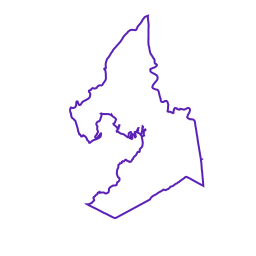 El Estor, Izabal, Guatemala, rotated 150°
{"feature_id": "79465075B63823362918265", "entity_name": "El Estor", "entity_type": "district", "adm_level": 2, "iso_a3": "GTM", "parent_name": "Guatemala", "parent_adm1": "Izabal", "projection": "robinson", "projection_center": [-89.332, 15.436], "detail": "fine", "context": "isolated", "style": "outline", "palette": "violet", "viewbox_px": 256, "rotation_deg": 150, "n_neighbors": 0, "source": "geoboundaries", "source_scale": "gbopen_adm2", "svg_char_len": 5888}
<svg xmlns="http://www.w3.org/2000/svg" viewBox="0 0 256 256"><g transform="rotate(150 128 128)"><path d="M66.8,100.5L66.9,101.7L67.2,102.6L68.7,103.9L69.7,104.3L69.8,104.6L70.5,105.5L71.3,106.6L71.3,107.8L69.3,109.6L67.5,110.5L65.9,111.8L65.2,112.9L65.0,113.6L65.1,114.5L65.9,115.3L66.9,115.6L67.6,115.5L70.2,115.8L73.2,118.5L74.1,118.1L74.5,118.2L76.0,119.9L75.9,120.6L77.3,121.8L78.4,121.5L79.1,120.7L80.0,120.0L80.9,118.9L81.0,118.4L81.7,118.4L83.4,121.0L83.8,121.4L84.7,121.6L85.4,122.5L85.2,123.0L83.7,124.7L82.5,126.7L81.5,127.8L81.2,129.3L80.9,130.0L80.8,131.5L81.3,132.3L82.5,132.9L84.3,132.8L85.3,133.3L86.0,134.3L85.7,136.0L85.2,136.9L84.7,139.4L83.4,143.6L83.1,145.6L83.2,146.0L83.6,146.6L84.8,147.6L86.2,149.5L86.6,150.2L86.6,151.0L86.2,151.6L85.0,152.6L82.3,153.8L80.0,154.5L78.5,155.3L77.5,156.2L77.0,157.1L76.8,157.8L76.8,159.4L77.6,160.6L77.8,161.5L78.4,162.0L80.1,164.9L80.2,165.9L79.8,167.0L79.4,167.6L78.9,167.9L77.9,167.5L76.9,167.7L75.0,167.2L73.8,167.2L72.0,167.5L71.4,168.2L71.7,169.5L72.3,170.1L72.3,171.1L71.9,172.1L71.0,173.4L70.8,175.0L71.1,175.6L71.1,178.8L71.2,179.0L71.2,181.9L69.9,185.9L69.4,186.9L68.7,189.7L67.7,191.5L67.2,192.7L65.8,194.7L65.8,195.1L64.8,196.5L60.9,203.3L59.3,205.7L58.9,206.7L58.4,207.3L55.3,214.4L54.6,215.2L57.3,215.7L58.4,215.6L62.0,214.0L62.5,213.6L64.4,212.6L66.2,211.9L68.3,211.3L69.2,210.8L70.8,209.5L72.2,208.9L73.0,209.2L75.4,211.1L77.5,211.7L80.1,211.3L80.7,210.9L84.6,209.9L86.9,209.0L88.4,208.0L91.5,206.5L101.5,203.2L103.1,202.2L105.0,201.4L108.7,199.3L111.8,198.1L113.6,196.5L115.4,194.6L117.2,190.9L117.9,190.7L118.4,191.3L118.7,191.3L119.1,191.0L119.1,190.1L118.9,189.0L119.1,188.4L120.2,185.9L122.5,181.7L123.4,180.8L124.7,180.1L127.2,179.0L128.1,178.4L129.0,178.1L129.9,178.2L130.8,178.9L132.3,179.4L133.6,179.2L135.1,178.4L137.2,178.8L138.8,180.3L140.8,179.9L141.3,179.5L142.8,179.9L143.2,179.8L143.5,179.5L143.7,178.8L143.4,177.2L144.0,175.6L145.8,173.8L146.4,173.5L148.3,173.2L154.0,173.4L154.9,173.2L157.3,171.9L158.4,172.0L158.8,172.4L158.9,173.0L158.4,176.1L158.6,176.4L159.0,176.6L159.4,176.5L159.9,176.2L160.5,175.3L160.5,175.0L161.8,173.4L162.6,172.8L163.3,172.4L164.2,172.4L165.1,172.6L166.3,173.3L167.2,174.3L168.2,173.7L169.2,172.5L170.0,170.8L170.1,170.2L170.0,169.1L170.6,168.2L170.9,167.1L171.4,166.0L171.3,164.3L170.6,163.0L170.5,161.8L170.0,160.8L170.1,160.2L171.7,153.2L172.8,150.0L173.0,148.2L173.3,147.0L173.3,146.7L172.7,146.3L172.7,144.0L172.1,143.7L171.6,143.7L171.1,144.1L170.1,143.9L169.9,142.9L169.6,142.7L169.1,141.6L169.0,139.3L169.4,138.4L168.8,136.4L168.9,134.5L167.9,134.2L167.1,134.5L163.9,134.8L161.6,134.2L158.4,133.9L156.9,134.0L155.8,134.5L154.1,136.5L154.1,136.9L154.7,136.9L156.4,136.0L158.6,135.2L159.9,134.5L160.6,135.0L160.9,135.7L161.0,136.7L160.5,137.2L159.5,137.4L159.1,137.7L158.3,137.8L157.7,138.7L156.5,139.1L155.8,139.7L155.3,142.3L154.9,143.1L153.7,144.6L153.7,146.8L153.2,147.7L151.9,148.5L150.6,148.6L149.6,148.3L148.4,148.7L147.1,149.8L146.8,150.3L145.9,150.9L144.7,152.0L144.1,153.2L144.3,154.0L143.7,153.9L143.3,152.9L142.5,152.6L141.1,151.6L139.0,150.5L137.5,149.4L136.8,148.6L136.2,147.5L136.0,147.4L135.6,147.7L135.6,146.0L134.4,143.7L134.0,142.0L134.0,141.5L136.7,139.2L138.5,139.0L138.7,138.2L137.5,135.0L137.3,133.8L137.0,133.5L136.4,133.3L136.0,133.5L134.5,134.5L133.6,135.5L134.2,134.4L135.7,133.3L136.5,132.2L137.6,132.3L137.9,131.6L139.3,131.1L139.6,130.4L139.5,130.2L138.4,129.6L137.2,126.9L135.1,125.0L134.0,122.9L133.5,121.2L132.8,120.1L132.3,120.1L132.0,120.3L129.9,123.1L128.0,123.3L127.6,123.2L127.5,122.8L127.8,121.3L128.1,121.0L128.9,120.5L129.6,119.5L130.6,119.0L131.7,119.1L131.7,118.7L130.4,116.8L130.1,116.6L129.4,116.8L129.3,117.0L129.2,117.8L128.8,118.3L128.5,119.2L126.9,120.2L126.2,119.6L126.2,119.3L126.7,116.6L126.4,116.3L125.8,116.5L125.4,116.8L125.3,117.6L124.9,118.2L124.6,119.9L124.0,120.4L124.3,120.9L124.3,121.1L123.7,121.1L123.3,120.2L122.9,120.1L120.6,121.9L119.2,122.8L119.0,122.7L119.8,121.9L120.4,120.7L121.5,120.2L121.8,119.5L121.7,118.7L120.6,117.3L120.5,115.8L120.1,115.7L119.2,116.3L116.4,119.4L116.0,120.3L114.5,122.2L114.4,122.0L114.5,121.7L114.4,121.3L116.0,119.9L116.4,118.9L117.0,118.1L116.9,117.9L116.5,117.8L114.2,118.2L113.7,118.1L113.7,117.7L114.2,117.3L115.1,117.8L115.8,117.4L117.6,114.5L117.8,113.4L119.4,113.6L120.1,114.1L120.3,114.1L122.1,108.9L123.2,106.9L124.8,105.0L125.3,104.7L128.4,103.7L129.7,101.7L130.3,101.6L131.1,102.3L131.9,102.3L134.6,100.5L137.6,99.9L139.2,98.7L140.1,98.6L141.7,97.6L142.3,97.4L143.2,97.6L143.9,98.2L144.0,98.8L145.1,99.9L145.3,100.8L145.7,101.6L146.1,101.8L148.3,101.1L148.7,101.3L149.3,101.9L149.6,101.8L150.2,101.8L150.4,101.7L150.6,101.2L150.9,100.9L151.3,100.9L151.9,101.0L152.7,101.5L153.5,100.9L154.9,100.7L156.1,98.7L157.0,98.0L158.1,97.4L160.0,94.9L160.7,93.5L161.2,90.8L161.1,89.9L160.6,89.4L160.5,88.9L161.1,87.5L162.0,86.7L163.6,86.3L164.4,86.4L166.0,84.8L166.5,84.4L167.1,84.4L170.0,85.7L173.2,85.6L174.9,84.9L175.4,83.9L176.9,82.2L177.8,82.0L179.1,82.1L180.3,82.5L180.9,83.8L181.6,84.5L183.7,85.6L184.9,86.0L184.9,86.4L184.7,86.9L186.6,87.0L187.6,86.1L189.3,86.0L190.7,85.4L192.4,85.3L193.0,84.5L193.1,83.3L193.6,82.1L195.5,81.8L196.5,81.3L197.4,81.2L198.3,81.5L199.7,81.4L201.4,82.3L199.9,79.7L195.9,73.8L191.1,66.2L190.6,65.7L185.6,58.0L184.5,56.6L183.3,56.2L144.7,55.1L143.5,55.9L142.4,56.3L140.2,56.7L136.5,56.5L134.3,56.8L129.3,56.7L128.2,57.0L127.7,56.7L126.7,55.4L123.3,55.1L122.2,55.3L121.5,55.6L120.4,55.9L118.5,55.4L116.4,55.5L115.0,55.8L113.0,55.6L111.4,55.9L110.6,55.7L109.4,56.1L108.4,56.1L106.7,56.3L105.7,56.3L104.7,56.5L104.0,56.5L103.2,56.8L101.9,56.6L101.3,55.9L101.1,55.4L100.0,53.9L95.7,46.7L92.9,42.1L92.1,41.1L91.7,40.3L90.0,43.7L87.2,49.9L86.3,51.5L85.0,54.8L81.6,61.8L81.0,63.6L80.7,64.0L79.8,64.1L80.4,64.8L74.5,80.6L72.1,86.5L71.8,87.6L70.0,92.0L68.9,95.2L67.1,99.5L66.8,100.5Z" fill="none" stroke="#5b21b6" stroke-width="2"/></g></svg>